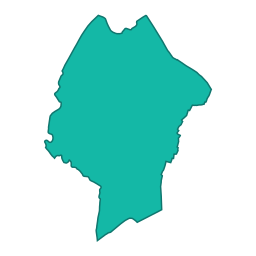 outline of Don Phut, Saraburi, Thailand
{"feature_id": "78962969B98799129016302", "entity_name": "Don Phut", "entity_type": "district", "adm_level": 2, "iso_a3": "THA", "parent_name": "Thailand", "parent_adm1": "Saraburi", "projection": "robinson", "projection_center": [100.605, 14.605], "detail": "fine", "context": "isolated", "style": "filled", "palette": "teal", "viewbox_px": 256, "rotation_deg": 0, "n_neighbors": 0, "source": "geoboundaries", "source_scale": "gbopen_adm2", "svg_char_len": 5468}
<svg xmlns="http://www.w3.org/2000/svg" viewBox="0 0 256 256"><path d="M173.7,58.2L172.6,57.4L169.1,52.3L167.6,50.5L163.8,43.7L162.6,41.5L153.5,26.7L146.5,15.8L146.2,15.6L145.8,15.5L144.9,16.0L142.7,17.3L136.8,21.3L136.7,21.6L136.7,21.8L136.6,22.3L136.8,23.4L136.9,24.0L136.8,24.5L136.7,24.9L136.5,25.1L135.8,26.1L135.3,26.5L135.0,26.7L132.1,28.4L131.9,28.6L131.5,29.3L131.4,29.4L131.3,29.6L131.0,29.7L130.6,29.7L130.1,29.7L129.9,29.7L129.4,29.5L126.2,28.4L125.8,28.4L125.5,28.5L125.1,28.6L124.8,29.0L122.4,31.9L122.2,32.2L121.9,33.2L119.9,33.7L116.9,33.7L115.2,33.2L112.9,32.2L111.9,31.5L111.1,30.9L110.5,30.2L108.4,26.3L107.3,23.9L106.9,22.9L105.5,19.0L105.1,18.5L104.7,18.2L103.9,17.6L102.8,17.0L98.3,15.4L91.7,21.7L88.0,25.9L84.3,31.2L81.6,35.3L78.9,40.1L76.7,44.2L74.6,47.8L68.5,58.9L65.0,65.0L63.0,69.4L62.1,71.0L62.5,71.5L62.7,71.9L62.8,72.1L63.0,72.9L63.0,73.2L63.0,73.7L62.9,74.2L62.8,74.4L62.6,74.7L62.4,74.9L61.9,75.2L61.7,75.4L61.3,75.8L61.0,76.3L58.9,81.3L58.7,81.8L58.6,82.2L58.6,82.7L58.6,83.8L58.9,84.7L59.5,85.6L59.7,86.1L59.9,86.6L60.0,87.0L59.9,87.3L59.8,87.6L59.6,87.9L59.0,88.4L58.9,88.6L58.7,89.2L58.4,89.7L58.0,90.5L57.7,90.9L57.2,91.5L56.8,91.9L55.8,92.6L55.1,93.2L55.0,93.3L54.8,93.6L54.7,94.0L54.7,94.4L54.9,94.9L55.1,95.3L55.4,95.7L55.9,96.3L56.6,97.3L59.3,101.6L59.5,101.8L59.9,101.9L60.2,102.0L60.6,102.1L60.9,102.2L61.0,102.4L61.1,102.7L61.2,103.1L61.2,103.5L61.0,105.9L60.6,107.0L60.0,108.0L59.0,109.0L58.4,109.4L55.0,111.4L52.3,113.3L50.3,115.9L50.0,117.1L48.5,127.3L48.6,127.8L48.6,128.1L48.5,129.3L48.2,131.4L48.2,132.2L48.4,132.7L48.5,132.9L48.6,133.0L50.0,133.8L50.3,133.9L50.8,134.0L51.3,134.2L51.7,134.4L52.1,134.6L52.3,134.9L52.5,135.4L52.7,135.9L52.8,136.3L53.0,137.5L53.0,138.0L52.9,139.2L52.8,139.6L52.6,140.2L52.1,141.1L51.6,141.7L51.1,142.1L50.7,142.3L50.0,142.4L49.4,142.3L49.3,142.2L47.9,141.0L47.4,140.6L46.7,140.3L46.3,140.3L45.9,140.4L45.7,140.4L45.2,140.7L44.9,141.0L44.8,141.3L44.8,141.6L44.7,141.8L44.8,142.1L45.0,142.5L45.4,143.2L45.9,144.4L46.1,145.0L46.1,145.7L46.1,146.1L46.0,146.5L45.9,147.0L45.6,147.5L45.8,147.8L47.0,149.3L48.1,150.4L48.8,151.3L49.5,152.2L50.4,153.6L50.7,154.0L52.1,155.8L52.6,156.3L53.8,157.3L54.5,158.2L55.0,157.6L55.2,157.2L55.8,156.4L56.4,156.0L56.9,155.7L57.3,155.6L58.0,155.5L58.3,155.6L58.9,155.7L59.3,155.7L59.7,155.6L59.9,155.6L60.4,155.2L60.6,155.2L61.1,155.2L61.4,155.3L61.5,155.4L61.6,155.5L61.7,155.8L61.7,156.1L61.8,157.8L61.9,158.3L62.3,159.3L62.8,160.5L63.8,162.2L63.9,162.4L64.0,162.5L64.9,162.7L65.3,162.8L65.6,162.9L65.9,163.0L66.4,163.0L66.6,162.9L66.8,162.8L67.6,162.4L68.1,162.0L68.5,161.5L69.2,160.1L69.3,160.1L69.5,160.1L69.7,160.3L70.2,161.0L71.0,162.0L71.1,162.4L71.2,162.6L71.2,165.5L71.2,165.8L71.3,166.1L71.5,166.5L71.9,166.9L72.1,167.0L72.3,167.1L72.8,167.2L73.1,167.2L74.4,167.2L74.8,167.3L75.8,167.6L76.4,167.9L76.6,168.2L76.9,168.8L77.1,169.0L77.4,169.2L77.9,169.3L78.3,169.6L79.4,170.5L80.3,171.4L80.7,171.9L81.4,172.9L82.0,173.5L82.3,174.0L83.0,175.5L83.3,175.9L83.9,176.2L84.0,176.2L84.3,176.3L87.4,176.6L87.9,176.7L88.2,176.9L88.4,177.0L88.6,177.3L88.9,177.8L89.4,178.7L89.6,179.4L89.8,179.8L90.0,180.0L90.3,180.2L91.1,180.8L93.6,181.9L95.5,183.0L96.9,183.8L98.0,184.5L99.1,185.2L100.5,186.0L100.9,186.5L101.0,186.8L101.1,187.2L101.1,187.5L101.0,187.8L100.8,188.1L100.0,189.2L99.8,189.4L99.7,189.7L99.7,190.3L99.7,190.9L99.8,192.1L99.9,192.7L99.8,193.3L99.7,193.8L99.2,195.6L99.0,196.5L99.0,196.8L99.0,197.3L99.2,197.7L99.5,198.2L100.1,198.7L100.2,198.8L100.3,198.9L100.3,199.1L100.3,199.4L99.9,202.4L99.8,204.5L99.6,206.5L99.5,210.1L99.4,211.2L98.0,217.6L97.5,221.7L96.9,225.7L96.8,226.8L96.7,227.6L96.6,228.4L96.2,230.0L96.2,230.7L96.3,231.9L97.1,237.5L97.4,240.6L105.6,234.5L106.9,233.8L108.0,233.0L108.8,232.7L110.4,232.3L110.9,232.0L112.9,230.3L120.8,223.7L125.1,220.5L128.0,218.9L129.2,218.3L130.0,218.2L132.0,218.3L133.3,219.0L135.7,220.8L137.2,222.3L146.8,217.4L148.9,216.3L159.6,210.8L161.7,209.7L161.2,196.1L160.6,186.5L161.1,182.8L161.2,182.0L161.2,181.4L161.2,180.7L161.8,178.0L162.3,175.9L162.3,175.7L161.2,174.6L162.5,171.4L162.9,170.8L163.2,170.5L163.6,169.8L164.5,167.2L165.1,165.3L166.0,161.4L170.7,162.6L171.7,160.0L172.0,158.9L172.2,158.3L173.5,158.5L173.6,158.1L174.0,154.2L175.9,154.1L176.2,154.1L176.4,154.0L176.5,153.9L176.9,152.9L177.9,150.8L178.0,150.6L177.9,150.4L177.9,150.0L177.8,149.3L177.8,148.9L178.0,148.2L178.1,147.7L177.2,147.2L177.2,146.7L177.5,145.9L178.0,143.9L178.6,141.6L178.6,141.1L178.5,140.6L178.5,139.8L178.4,138.1L179.4,137.0L180.0,136.0L180.3,135.6L180.3,135.4L178.8,134.7L178.2,134.4L177.8,134.1L177.4,133.7L177.2,133.4L177.1,133.2L177.1,132.9L177.2,132.6L178.6,130.8L178.7,130.7L177.9,129.8L177.5,129.2L178.6,127.1L178.7,126.8L179.3,126.1L179.6,125.9L180.8,124.9L181.1,124.6L182.4,121.8L182.6,121.6L181.6,120.0L182.2,119.4L184.1,117.8L186.6,115.5L188.2,110.2L188.3,110.1L189.6,110.5L192.2,105.5L192.3,105.3L192.4,105.2L194.3,105.4L195.2,105.3L196.6,105.4L197.3,105.3L198.2,105.1L198.6,105.0L199.0,105.0L199.5,104.9L199.9,104.9L201.0,104.9L202.2,104.7L202.4,104.6L203.1,104.3L203.3,104.3L204.0,104.3L204.4,103.2L204.5,103.0L204.6,102.9L204.7,102.3L204.8,102.1L205.8,102.1L206.0,101.9L206.4,101.0L207.0,99.0L207.3,98.4L207.8,97.4L208.1,97.0L208.7,96.1L209.2,95.1L209.6,94.1L211.3,89.3L211.0,89.0L207.2,82.7L201.6,76.6L201.0,76.1L199.3,74.9L198.6,74.2L197.4,73.0L196.8,72.4L193.0,69.9L186.3,65.9L177.4,59.8L177.2,60.0L176.7,59.8L175.5,59.1L173.7,58.2Z" fill="#14b8a6" stroke="#0f766e" stroke-width="1.5"/></svg>